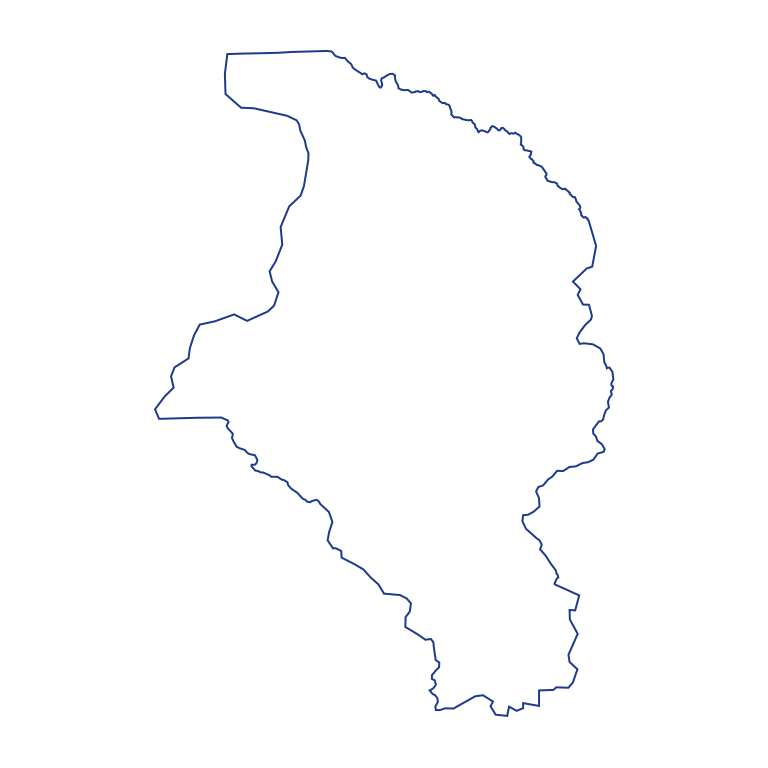 the district of Chelan, Washington, United States of America, rotated 179°
{"feature_id": "52423323B33569460093340", "entity_name": "Chelan", "entity_type": "district", "adm_level": 2, "iso_a3": "USA", "parent_name": "United States of America", "parent_adm1": "Washington", "projection": "albers", "projection_center": [-120.784, 47.904], "detail": "fine", "context": "isolated", "style": "outline", "palette": "blue", "viewbox_px": 768, "rotation_deg": 179, "n_neighbors": 0, "source": "geoboundaries", "source_scale": "gbopen_adm2", "svg_char_len": 6119}
<svg xmlns="http://www.w3.org/2000/svg" viewBox="0 0 768 768"><g transform="rotate(179 384 384)"><path d="M176.4,543.4L177.3,544.6L177.4,545.7L177.6,545.9L178.4,546.0L178.8,546.8L179.6,547.4L180.2,547.4L180.6,547.0L181.1,546.9L182.5,547.6L182.9,548.5L183.7,549.2L183.9,549.7L183.8,551.3L184.4,552.0L184.2,552.5L184.4,553.1L185.3,554.4L185.5,555.2L185.9,555.5L184.8,556.6L184.6,557.1L184.6,557.6L185.5,559.6L187.4,561.7L187.8,562.5L188.5,563.2L188.9,565.2L189.4,566.1L189.7,567.4L190.0,567.6L190.8,567.4L191.4,567.6L193.1,568.8L193.2,569.3L193.6,569.7L194.5,570.2L194.8,570.6L195.0,571.6L194.9,572.1L195.6,572.2L197.1,574.2L198.0,574.6L199.1,575.7L199.5,576.2L200.1,575.7L201.1,575.8L202.0,575.6L205.1,577.5L205.7,578.3L207.0,579.1L207.4,581.1L207.8,581.6L210.1,582.7L211.2,582.9L212.2,582.8L213.1,583.1L213.6,583.1L214.0,583.4L214.9,583.8L217.1,584.4L217.5,585.9L218.3,586.6L219.0,588.0L219.1,588.5L218.8,588.9L218.8,589.4L218.1,590.1L217.9,590.6L217.9,591.7L218.6,592.4L218.9,592.8L219.0,593.4L220.4,595.4L220.8,595.7L220.9,596.2L221.5,597.1L223.2,599.0L224.3,599.2L225.6,600.1L227.1,600.2L229.2,601.9L230.2,602.2L230.7,602.8L230.4,603.8L230.7,604.3L231.1,604.5L231.9,605.9L232.3,606.2L233.2,606.5L233.8,607.4L234.7,608.3L234.7,608.6L233.9,609.7L233.8,610.2L232.9,611.5L232.8,613.0L232.6,613.6L233.2,614.1L235.8,614.6L236.8,615.0L239.4,615.3L240.2,616.0L240.4,618.5L241.8,620.2L243.0,620.8L243.1,621.2L242.5,623.4L242.5,623.9L242.7,624.3L242.5,626.4L242.6,626.9L242.5,627.9L242.6,628.4L242.8,628.9L244.6,630.7L246.0,631.4L246.5,631.5L248.0,632.8L248.6,633.0L249.9,632.1L250.4,632.0L251.4,632.4L253.1,632.5L253.6,632.3L253.9,631.9L254.2,631.8L255.4,632.8L256.2,634.2L258.4,635.6L259.4,637.0L260.7,638.0L261.2,638.1L262.2,637.8L262.6,637.4L262.8,636.7L264.3,635.5L264.7,635.5L265.6,636.0L266.9,637.6L267.8,638.1L268.6,638.9L271.1,640.0L272.8,638.6L273.1,638.2L273.1,637.1L273.3,636.6L274.2,635.9L275.3,634.4L276.0,633.8L276.4,633.8L279.5,635.3L280.6,635.5L281.7,635.9L283.0,635.6L284.0,635.2L284.9,634.1L285.3,634.3L286.1,636.1L286.4,637.1L288.2,639.0L288.3,640.6L288.9,642.3L289.6,643.0L290.5,643.4L291.0,644.2L291.4,645.4L292.2,646.4L295.0,646.2L297.8,646.6L299.3,647.1L301.4,647.5L301.9,648.2L304.8,649.4L305.9,649.2L307.5,649.6L308.9,649.3L309.7,649.7L310.1,650.3L310.3,650.8L311.3,651.5L312.0,652.3L312.0,652.8L311.7,653.9L311.7,654.4L312.0,654.8L311.8,656.2L312.7,657.7L313.3,659.5L313.2,660.1L313.8,660.9L314.1,661.8L315.1,662.3L317.3,662.8L317.8,663.7L318.2,664.0L320.3,663.9L321.3,664.2L323.8,666.2L324.2,667.2L324.5,668.3L327.3,670.5L327.6,670.9L327.9,671.9L328.3,672.1L328.6,672.1L329.4,671.4L329.9,671.4L330.3,671.9L330.9,673.1L331.9,674.1L332.8,674.5L334.0,675.5L336.0,675.1L336.9,676.0L339.0,676.3L341.4,675.4L343.7,675.4L345.0,676.3L346.7,675.9L347.1,676.0L348.1,675.3L351.2,674.9L354.9,677.6L358.4,677.4L361.9,678.1L364.3,679.4L364.8,682.6L367.0,686.4L367.7,689.9L367.7,692.5L370.0,694.0L372.7,693.9L375.2,692.7L379.1,690.3L380.7,689.9L381.7,688.0L381.0,685.5L380.6,682.4L382.1,680.4L383.3,680.7L384.5,682.8L386.6,687.5L391.1,688.7L393.2,689.5L395.5,691.3L396.0,693.9L398.3,695.0L399.3,694.4L400.2,694.1L407.4,698.9L409.8,701.0L411.1,704.2L414.5,707.2L417.5,710.8L419.7,710.6L422.6,711.2L426.7,712.8L428.1,714.2L429.1,715.9L430.7,717.4L435.3,718.0L470.6,717.6L483.7,717.0L494.3,716.9L521.4,716.8L534.9,716.6L537.7,696.8L537.4,676.7L522.0,662.7L509.4,662.0L476.0,653.8L466.7,649.1L464.4,645.2L463.2,638.7L458.9,628.8L457.7,622.1L455.5,616.0L455.9,608.6L460.6,583.2L464.1,573.8L475.7,563.2L484.6,542.8L483.3,525.1L490.2,508.4L496.4,498.7L494.1,488.5L487.9,477.5L492.5,464.4L498.7,458.6L519.8,449.5L532.6,456.2L552.1,449.6L567.2,446.6L573.0,436.2L577.5,423.2L579.0,413.0L593.1,404.3L596.8,395.4L594.4,384.0L603.2,375.7L613.4,362.7L609.5,353.1L571.2,353.5L547.2,353.3L540.7,350.2L540.1,348.4L541.3,346.6L542.1,344.8L540.8,342.2L536.1,337.0L536.4,334.4L537.0,333.1L535.6,329.5L532.4,323.8L529.4,322.3L524.4,320.5L522.1,317.9L520.2,316.4L514.3,315.0L511.9,310.3L512.7,307.6L514.0,305.8L515.8,305.5L517.7,305.6L518.0,304.1L514.2,299.7L511.7,299.2L508.5,297.7L506.3,297.6L500.4,294.9L498.3,293.2L492.1,293.1L488.2,290.3L485.6,289.6L482.2,287.4L481.6,284.5L478.6,281.0L472.4,276.6L468.9,272.5L466.8,270.4L464.4,269.5L463.2,267.8L459.8,267.1L458.4,268.1L453.6,269.4L451.4,268.0L449.8,265.1L441.3,257.0L438.0,246.9L441.5,236.8L443.1,228.7L437.8,220.5L435.2,220.7L429.7,217.8L429.4,211.1L416.6,204.3L407.9,199.0L400.6,190.7L392.9,183.5L387.7,174.4L371.7,172.7L365.1,169.2L360.9,164.2L362.2,156.0L366.5,150.5L366.9,140.7L353.9,132.6L347.1,127.6L341.5,128.2L339.1,124.7L338.8,120.2L337.1,107.0L333.6,104.6L333.9,99.9L337.1,96.7L341.1,92.1L341.3,88.3L338.4,86.8L337.4,82.4L339.5,79.4L343.0,76.9L343.6,76.8L340.8,73.2L338.2,71.9L336.0,68.7L335.7,65.2L338.3,60.5L337.8,57.1L333.7,57.0L328.5,58.7L320.2,58.3L298.2,70.2L290.5,71.1L280.6,64.6L283.1,59.9L278.1,51.4L266.6,50.0L264.6,59.2L257.0,54.9L250.6,57.4L250.4,62.5L234.6,59.4L234.3,74.9L219.9,75.2L217.1,77.7L205.0,77.1L200.4,82.2L195.6,95.4L203.3,102.8L204.3,110.1L194.7,130.8L202.3,145.3L202.4,154.8L196.8,154.3L192.5,169.2L216.6,180.6L217.0,181.4L214.7,186.3L213.1,187.5L213.7,190.2L214.9,191.7L215.4,194.6L220.5,201.6L225.5,209.7L230.8,215.9L229.1,220.8L231.4,225.2L233.8,226.8L244.6,236.8L248.0,244.3L247.2,250.4L242.3,250.7L236.6,253.7L230.7,258.8L231.0,267.2L233.8,273.9L231.5,278.3L226.7,279.8L221.6,285.7L217.3,288.5L212.4,294.2L206.4,293.8L200.1,297.8L193.6,298.3L186.9,301.5L181.5,302.2L176.1,304.6L171.5,310.8L165.5,312.3L164.5,315.1L167.4,320.2L171.6,323.3L173.0,327.8L175.6,330.7L175.9,334.9L169.7,342.9L167.5,342.9L165.4,344.8L165.0,347.2L163.6,351.4L162.3,354.1L159.5,356.5L160.4,362.3L158.8,366.3L156.5,369.3L157.2,373.1L155.4,374.9L155.0,377.5L156.2,378.1L156.8,380.0L156.3,381.5L154.6,384.7L155.4,392.2L158.3,396.5L160.2,396.3L160.9,395.9L161.7,398.8L163.3,401.7L164.0,410.0L167.1,415.7L174.3,420.0L183.1,421.2L187.7,420.7L190.5,426.3L187.6,432.0L182.1,439.2L175.9,444.9L174.9,448.5L177.7,459.7L183.6,459.9L188.8,469.7L185.9,475.3L193.3,483.1L179.4,495.9L173.8,497.7L169.5,518.3L176.4,543.4Z" fill="none" stroke="#1e3a8a" stroke-width="2"/></g></svg>